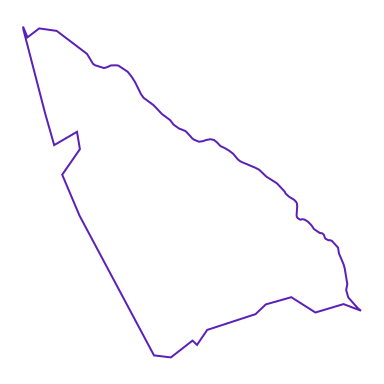 Lincoln, Georgia, United States of America
{"feature_id": "52423323B92715083029415", "entity_name": "Lincoln", "entity_type": "district", "adm_level": 2, "iso_a3": "USA", "parent_name": "United States of America", "parent_adm1": "Georgia", "projection": "orthographic", "projection_center": [-82.396, 33.811], "detail": "fine", "context": "isolated", "style": "outline", "palette": "violet", "viewbox_px": 384, "rotation_deg": 0, "n_neighbors": 0, "source": "geoboundaries", "source_scale": "gbopen_adm2", "svg_char_len": 1233}
<svg xmlns="http://www.w3.org/2000/svg" viewBox="0 0 384 384"><path d="M87.0,53.9L56.7,30.9L39.2,28.4L27.5,37.3L23.0,26.6L23.4,29.6L45.2,113.6L54.2,145.1L77.0,131.8L79.9,149.2L62.2,174.7L79.5,215.6L154.0,355.4L170.9,357.4L192.5,340.6L197.0,344.9L207.2,329.9L255.6,314.1L265.8,304.4L291.3,297.2L315.4,312.5L343.5,304.1L361.0,310.7L357.7,308.1L348.3,297.5L346.2,290.2L347.3,284.0L344.7,268.3L343.6,264.4L339.0,253.5L338.0,247.6L331.8,240.8L329.6,240.1L328.5,240.3L325.5,238.7L324.6,237.2L324.1,235.1L323.2,234.1L321.9,233.2L319.8,233.0L314.0,229.1L311.4,225.2L307.6,221.4L304.4,219.5L302.3,219.2L300.3,219.7L297.7,218.1L296.8,216.7L296.6,215.3L297.2,206.4L296.9,203.4L296.1,201.8L294.0,199.7L289.2,196.8L285.7,193.7L284.6,191.5L276.9,183.3L266.3,176.6L259.1,169.7L255.2,167.7L241.6,162.0L239.4,160.7L237.5,159.0L233.1,153.7L229.0,150.6L224.6,148.0L220.5,146.1L216.7,142.1L214.0,140.0L210.5,139.2L205.8,140.1L202.9,141.2L199.0,141.7L194.0,139.7L192.4,138.5L186.5,132.0L185.0,130.8L179.0,128.5L173.5,124.6L170.1,120.1L161.8,113.9L153.7,105.3L143.6,97.8L141.0,94.2L135.1,82.2L131.9,77.1L127.7,71.8L118.6,65.7L116.8,65.3L111.0,65.4L106.5,67.4L103.9,68.0L94.9,65.2L93.0,63.8L87.0,53.9Z" fill="none" stroke="#5b21b6" stroke-width="2"/></svg>